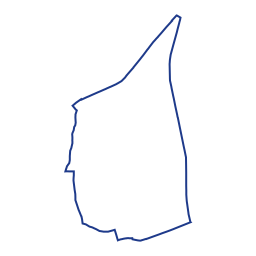 outline of Serrekunda Central, Banjul, Gambia
{"feature_id": "56634734B31410801409584", "entity_name": "Serrekunda Central", "entity_type": "district", "adm_level": 2, "iso_a3": "GMB", "parent_name": "Gambia", "parent_adm1": "Banjul", "projection": "natural_earth1", "projection_center": [-16.684, 13.431], "detail": "fine", "context": "isolated", "style": "outline", "palette": "blue", "viewbox_px": 256, "rotation_deg": 0, "n_neighbors": 0, "source": "geoboundaries", "source_scale": "gbopen_adm2", "svg_char_len": 2896}
<svg xmlns="http://www.w3.org/2000/svg" viewBox="0 0 256 256"><path d="M176.7,15.4L176.5,15.5L171.8,20.6L172.0,20.9L171.8,21.1L166.6,26.8L164.3,29.5L161.4,32.9L158.3,36.4L157.8,37.1L157.7,37.1L157.1,37.8L156.6,38.3L156.3,38.6L155.2,39.9L153.0,42.3L152.8,42.6L149.5,46.9L148.7,48.0L148.1,48.8L147.9,49.1L147.7,49.2L142.7,55.9L142.5,56.1L141.4,57.5L140.3,58.9L140.2,59.1L140.0,59.3L133.5,67.3L133.4,67.6L129.9,71.6L126.6,75.4L126.6,75.5L126.2,75.9L126.1,76.1L125.6,76.8L125.0,77.6L123.7,78.9L122.1,80.5L121.9,80.7L121.8,80.8L121.7,80.9L121.5,81.1L118.1,83.1L117.6,83.4L117.1,83.6L116.6,84.0L110.3,86.9L110.2,86.9L109.7,87.1L108.2,87.8L106.8,88.4L105.4,89.1L105.1,89.2L103.9,89.7L101.2,90.9L100.3,91.3L97.9,92.3L95.2,93.5L92.9,94.5L90.9,95.4L88.7,96.4L87.2,97.0L86.3,97.4L84.8,98.1L82.2,99.3L81.3,99.7L81.1,99.2L76.1,102.7L72.6,105.7L75.8,109.6L76.8,110.4L75.5,114.4L75.5,115.5L75.4,117.3L75.6,121.2L75.7,122.7L75.2,125.5L74.6,126.3L74.2,127.0L73.7,130.2L72.5,133.0L72.2,134.2L72.2,134.3L72.4,137.1L72.4,139.4L72.3,140.1L72.4,141.1L72.4,143.4L72.2,144.1L72.0,145.0L71.5,147.1L71.4,147.8L70.2,150.8L69.8,156.1L69.8,158.9L69.8,160.1L69.4,162.3L69.3,162.5L69.2,163.3L68.6,164.0L67.9,164.9L67.8,165.2L67.0,166.2L66.3,168.5L66.2,168.7L66.1,168.9L66.1,169.0L66.0,169.3L65.4,171.4L66.8,171.3L69.4,171.4L69.5,171.4L72.3,171.4L73.8,171.4L73.8,175.4L73.6,177.8L73.5,180.1L73.5,180.5L73.8,183.1L74.0,184.6L74.6,189.6L74.9,191.5L75.3,194.0L75.4,197.1L75.4,198.4L75.4,198.9L75.4,200.1L76.2,202.5L76.9,204.6L78.3,208.9L78.6,209.8L78.7,210.1L79.0,210.7L81.4,216.6L81.5,216.6L82.1,219.5L82.2,220.4L82.6,223.5L84.5,224.0L84.9,224.1L85.9,224.4L89.5,226.6L91.7,227.2L92.8,227.6L93.3,227.9L96.2,229.2L99.3,230.9L99.5,231.0L100.9,231.2L103.9,231.7L104.0,231.7L107.2,231.7L107.6,231.7L108.0,231.7L110.9,230.9L113.1,230.3L114.7,229.8L116.2,234.6L117.4,238.8L117.8,240.0L117.9,240.3L118.1,240.2L120.5,239.4L122.1,239.1L123.7,238.7L125.5,238.4L126.4,238.3L126.6,238.3L126.8,238.2L127.1,238.2L128.2,238.1L129.7,238.3L132.3,238.2L132.5,239.3L135.4,239.9L137.9,240.4L139.7,240.6L140.8,240.6L141.4,240.3L141.5,240.3L142.9,239.9L145.1,239.2L145.5,239.1L146.2,238.9L146.3,239.0L153.5,236.4L158.8,234.5L162.5,233.1L166.5,231.7L170.6,230.2L170.8,230.1L173.4,229.1L175.1,228.4L190.6,222.2L190.4,222.0L188.5,213.9L188.5,213.5L187.0,202.8L186.9,202.3L186.7,200.5L186.3,194.8L186.3,190.5L186.2,185.7L186.2,179.8L186.2,176.4L186.2,172.8L186.2,172.6L186.1,164.7L186.0,158.4L186.0,157.2L185.9,156.9L184.5,150.0L183.7,146.3L182.3,139.5L181.6,136.1L179.7,126.8L178.6,121.4L177.8,117.4L177.6,117.1L177.5,116.6L177.2,114.9L175.4,106.6L173.7,98.1L173.3,96.4L171.6,88.2L171.3,86.5L170.7,83.7L170.0,80.6L169.9,78.1L169.9,77.5L169.6,64.0L169.7,62.9L169.9,59.9L170.5,55.8L170.7,54.5L171.1,53.1L173.3,45.0L173.8,43.2L176.8,32.4L177.6,29.1L179.3,22.7L179.4,22.1L180.0,20.1L180.5,17.6L176.7,15.4Z" fill="none" stroke="#1e3a8a" stroke-width="2"/></svg>